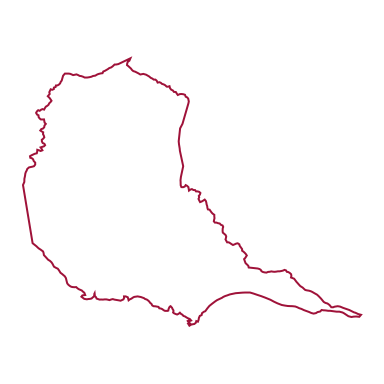 Manaus, Amazonas, Brazil
{"feature_id": "56859067B19740066792798", "entity_name": "Manaus", "entity_type": "district", "adm_level": 2, "iso_a3": "BRA", "parent_name": "Brazil", "parent_adm1": "Amazonas", "projection": "albers", "projection_center": [-60.096, -2.573], "detail": "fine", "context": "isolated", "style": "outline", "palette": "rose", "viewbox_px": 384, "rotation_deg": 0, "n_neighbors": 0, "source": "geoboundaries", "source_scale": "gbopen_adm2", "svg_char_len": 5879}
<svg xmlns="http://www.w3.org/2000/svg" viewBox="0 0 384 384"><path d="M320.2,311.5L321.6,310.0L323.5,310.3L325.5,310.4L328.2,310.8L330.1,310.8L336.8,311.7L339.5,311.7L342.6,312.5L344.2,313.4L348.4,316.2L351.4,317.0L353.9,316.6L356.5,316.5L359.3,316.8L361.0,314.8L358.3,314.1L355.3,312.7L354.1,312.4L349.3,310.0L343.2,307.9L340.1,306.6L337.7,306.2L334.6,306.7L333.0,307.3L331.3,307.2L329.5,305.0L327.5,303.5L325.4,302.9L323.7,301.9L321.1,298.7L318.8,296.3L317.1,294.7L314.6,293.3L312.2,291.9L310.7,291.2L309.0,290.7L307.1,290.4L305.3,290.0L303.8,288.7L302.7,287.6L300.3,286.1L299.0,284.7L297.6,283.1L296.5,281.9L294.1,278.7L291.0,277.5L291.4,276.0L291.1,274.2L289.8,273.0L288.4,272.1L286.8,271.8L286.0,270.4L284.5,269.9L283.0,270.6L281.4,271.0L279.8,271.3L278.0,271.3L276.4,271.6L274.8,271.8L273.1,271.7L271.3,271.4L269.6,271.8L268.1,271.9L266.4,272.6L264.6,272.4L262.9,272.0L261.5,271.2L260.7,269.8L259.4,269.0L257.7,268.5L248.7,267.5L248.3,265.8L247.0,264.5L245.6,263.2L245.0,261.7L244.1,259.1L245.2,258.0L246.8,255.5L245.8,254.0L244.6,252.7L243.4,251.6L242.1,250.7L242.1,249.1L239.7,245.8L239.3,244.3L237.7,243.3L236.2,243.6L234.7,244.3L233.0,245.0L231.5,244.1L230.2,243.2L228.7,242.3L227.1,242.3L225.5,239.4L226.0,237.8L226.2,236.3L225.5,234.9L222.8,232.6L222.6,231.0L222.7,228.5L223.2,226.9L222.6,225.5L220.9,224.8L219.7,223.5L218.0,223.2L216.5,222.6L214.9,222.6L213.8,221.3L214.1,219.8L214.5,218.2L214.3,216.4L214.3,214.8L212.6,213.6L211.5,212.4L210.5,211.0L209.6,209.7L207.9,209.4L207.4,207.9L207.2,206.1L206.6,204.4L206.3,202.5L205.8,200.9L204.7,199.6L203.2,200.6L201.7,201.5L200.1,202.1L199.3,200.6L198.5,198.9L199.2,197.4L198.8,195.9L199.9,194.6L200.4,193.0L199.3,191.9L197.6,191.4L196.0,191.4L195.1,190.1L193.4,190.0L191.9,189.1L190.4,189.6L189.0,190.6L188.4,187.1L187.0,185.8L185.7,185.1L184.7,186.6L183.1,187.2L181.4,187.1L180.7,185.3L180.6,181.6L180.5,180.3L180.9,177.0L183.2,166.2L179.9,150.8L179.7,148.6L179.0,144.3L178.7,141.3L180.1,128.4L181.4,125.9L182.5,123.8L188.4,103.4L188.8,101.5L188.2,98.6L187.2,97.4L185.7,96.7L185.0,94.8L183.2,94.2L181.4,94.0L179.8,94.1L177.8,95.0L176.8,93.6L175.8,92.0L173.9,91.9L172.9,90.5L171.1,89.6L170.0,88.1L169.5,86.2L167.9,86.7L166.6,86.6L165.3,85.3L163.7,84.4L162.0,83.9L160.8,82.8L159.4,82.2L157.6,82.6L156.7,80.7L155.4,79.6L153.7,79.6L152.4,78.6L150.7,77.8L149.2,76.5L146.1,74.7L143.3,73.9L140.3,74.5L138.5,73.4L135.2,71.7L133.3,71.1L132.0,70.0L131.0,68.6L128.3,66.1L127.0,65.1L127.2,63.5L127.8,61.8L129.4,60.7L130.4,58.3L118.3,64.1L116.2,64.5L114.6,64.5L112.7,66.3L111.2,67.4L109.2,68.1L107.9,69.1L104.8,70.9L103.3,71.5L102.5,73.2L100.8,73.4L98.4,74.0L96.8,74.7L95.4,75.6L93.0,76.0L91.5,76.7L89.4,77.2L87.4,77.5L84.6,77.5L83.0,76.7L81.2,76.1L79.6,75.9L78.2,75.1L76.5,74.4L73.1,75.1L71.6,74.4L70.1,73.8L68.6,73.6L64.9,73.6L63.1,75.7L61.7,80.6L60.7,81.9L60.1,83.4L58.9,84.6L57.5,85.4L55.9,85.5L55.6,87.0L53.9,87.6L53.8,89.1L52.2,89.8L50.7,89.3L49.3,92.2L49.7,94.0L47.8,96.2L49.6,98.0L50.6,99.4L51.5,100.8L50.5,102.1L49.2,103.3L48.5,104.8L47.3,105.8L45.8,106.7L44.9,108.1L44.1,109.6L42.5,109.1L41.1,109.7L39.7,110.8L38.2,110.2L36.9,111.4L36.1,112.9L37.1,114.6L38.5,115.3L38.6,117.0L39.5,118.3L40.7,119.4L42.3,119.5L44.0,119.4L44.6,122.6L45.8,123.9L44.5,125.5L44.2,127.3L42.9,128.6L41.3,129.1L40.3,130.5L41.8,131.5L43.2,132.3L43.0,134.1L43.8,135.6L44.3,137.3L43.3,138.6L41.8,139.8L41.9,141.5L42.7,143.0L44.4,143.8L45.1,145.2L44.0,146.3L40.6,147.4L41.6,148.8L42.4,150.3L40.6,151.0L39.0,150.3L37.3,149.8L37.2,151.5L36.8,153.3L34.7,153.8L31.5,155.3L30.0,156.2L30.3,157.8L31.8,158.2L33.1,159.3L33.7,161.0L35.2,162.6L35.2,164.6L34.0,166.2L32.3,166.7L29.0,167.4L27.3,168.9L26.6,170.7L25.8,172.1L25.3,173.7L25.1,175.4L24.8,177.0L24.4,178.7L24.3,182.0L23.0,185.0L32.6,243.2L36.5,246.3L37.7,247.5L39.0,248.6L40.6,249.6L43.1,251.5L43.6,253.1L43.9,255.1L45.5,256.8L48.2,259.8L49.9,260.8L51.5,262.3L52.5,263.8L54.0,266.7L56.3,268.0L57.8,268.7L59.1,270.5L60.5,272.8L62.0,273.9L64.8,276.3L65.9,278.1L66.8,281.8L67.3,283.5L68.5,284.9L69.9,286.0L71.3,286.8L72.9,287.1L74.6,287.2L76.2,287.1L77.5,288.3L78.8,289.2L81.8,290.5L83.0,291.7L84.3,292.7L85.2,295.0L82.4,295.4L81.4,296.7L84.3,298.9L86.9,299.3L88.4,299.0L89.9,298.9L91.6,298.5L92.8,297.3L94.2,296.4L94.1,295.7L94.3,294.8L94.3,293.9L94.6,293.3L94.7,294.3L94.8,295.2L94.7,295.9L96.0,297.2L96.6,298.6L98.1,299.1L99.6,299.6L101.3,299.5L102.9,299.6L104.6,299.4L106.3,299.4L107.9,299.7L109.5,300.1L111.1,299.5L112.8,299.1L114.4,299.6L119.1,300.4L120.6,300.7L123.4,299.4L124.1,297.9L124.0,296.4L125.7,296.4L127.8,297.3L128.6,300.3L129.9,299.3L131.5,298.6L132.7,297.7L134.2,296.9L137.6,296.4L140.8,297.0L142.2,297.5L143.9,298.1L145.1,299.0L146.7,299.5L148.0,300.4L149.2,301.5L150.2,302.9L151.4,303.8L152.2,305.4L153.5,306.2L155.3,306.3L158.5,306.9L159.3,308.3L160.8,308.5L162.4,309.2L163.6,310.2L165.1,310.9L167.5,310.9L168.3,310.6L168.5,309.3L169.0,308.0L169.7,306.7L170.6,306.2L171.2,306.9L172.0,307.7L172.6,309.1L173.4,310.3L173.5,311.1L173.1,312.5L173.9,313.2L175.6,314.0L177.1,314.5L178.6,313.8L179.9,312.7L181.0,313.9L182.4,314.7L183.4,315.9L185.1,316.5L186.4,317.4L187.8,318.2L189.8,319.0L191.1,320.5L189.8,321.0L189.1,320.8L188.5,320.6L187.7,321.0L188.1,321.7L190.0,323.4L188.2,323.8L189.4,325.7L191.0,324.7L192.5,324.3L194.3,324.0L195.8,322.8L196.3,321.1L197.9,321.7L198.6,319.8L198.9,317.9L199.4,316.8L199.8,315.9L201.6,315.1L202.0,313.2L203.8,311.8L205.3,311.2L206.3,309.8L207.4,308.3L209.4,305.9L212.0,303.8L215.3,301.3L217.1,300.1L222.0,297.8L223.3,296.9L225.3,296.0L227.2,295.4L229.9,294.4L235.6,293.2L240.4,292.8L243.1,292.6L246.6,292.5L249.9,292.5L253.3,293.5L257.4,294.9L261.1,296.1L265.1,297.6L270.5,299.8L274.0,301.7L277.4,303.3L281.8,305.0L285.1,305.6L287.8,306.0L289.9,306.1L292.7,306.2L295.3,306.5L297.4,307.3L299.2,308.2L301.4,308.9L303.9,310.1L309.1,312.0L311.3,313.0L313.6,313.6L316.0,313.1L317.5,312.1L320.2,311.5Z" fill="none" stroke="#9f1239" stroke-width="2"/></svg>